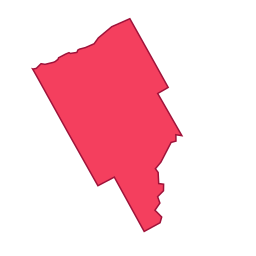 Hernando, Florida, United States of America (Equal Earth projection), rotated 61°
{"feature_id": "52423323B94618395838075", "entity_name": "Hernando", "entity_type": "district", "adm_level": 2, "iso_a3": "USA", "parent_name": "United States of America", "parent_adm1": "Florida", "projection": "equal_earth", "projection_center": [-82.437, 28.564], "detail": "fine", "context": "isolated", "style": "filled", "palette": "rose", "viewbox_px": 256, "rotation_deg": 61, "n_neighbors": 0, "source": "geoboundaries", "source_scale": "gbopen_adm2", "svg_char_len": 678}
<svg xmlns="http://www.w3.org/2000/svg" viewBox="0 0 256 256"><g transform="rotate(61 128 128)"><path d="M226.3,164.0L226.4,145.9L222.2,141.7L213.0,144.3L209.1,136.5L202.4,135.4L200.1,127.4L194.4,124.1L191.5,128.1L181.5,123.2L176.9,123.8L173.8,115.8L161.5,97.3L162.7,92.4L157.1,89.4L160.8,84.6L112.2,85.3L112.0,73.2L84.0,73.2L33.3,73.4L31.5,93.0L34.8,110.2L37.9,116.8L37.0,126.4L35.5,132.2L35.5,134.0L37.1,136.1L35.2,141.3L34.9,142.2L33.5,143.1L33.1,146.6L32.9,154.6L34.0,156.0L34.6,159.6L34.4,161.4L32.1,169.7L29.6,172.9L31.4,179.3L30.4,182.5L30.1,182.8L42.3,182.7L101.1,182.7L163.9,182.3L164.3,163.8L226.3,164.0Z" fill="#f43f5e" stroke="#9f1239" stroke-width="1.5"/></g></svg>